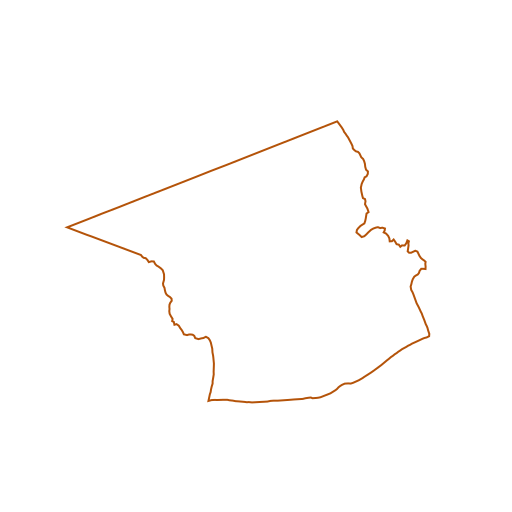 the district of Abaetetuba, Pará, Brazil, rotated 197°
{"feature_id": "56859067B37467363108415", "entity_name": "Abaetetuba", "entity_type": "district", "adm_level": 2, "iso_a3": "BRA", "parent_name": "Brazil", "parent_adm1": "Pará", "projection": "natural_earth1", "projection_center": [-48.934, -1.739], "detail": "fine", "context": "isolated", "style": "outline", "palette": "amber", "viewbox_px": 512, "rotation_deg": 197, "n_neighbors": 0, "source": "geoboundaries", "source_scale": "gbopen_adm2", "svg_char_len": 3355}
<svg xmlns="http://www.w3.org/2000/svg" viewBox="0 0 512 512"><g transform="rotate(197 256 256)"><path d="M445.0,228.2L424.2,226.8L419.2,226.6L366.3,223.3L364.5,222.0L362.8,221.4L360.9,221.7L358.7,220.5L356.7,218.8L354.5,220.3L352.1,220.9L350.1,218.9L348.2,217.8L346.3,217.4L343.2,216.3L341.0,215.1L338.6,211.6L337.6,208.6L337.0,206.3L336.9,202.5L336.0,200.6L334.2,198.8L333.2,196.8L331.8,194.5L330.3,193.0L328.5,192.2L326.3,191.6L324.3,190.5L323.5,188.5L324.3,186.3L324.5,184.2L324.0,182.0L323.2,180.0L322.8,177.9L321.7,175.5L319.6,173.4L317.4,171.5L317.1,169.2L315.3,168.9L313.9,166.4L312.1,167.6L309.5,166.8L307.4,164.9L305.3,163.4L303.5,161.7L302.1,160.0L298.8,160.2L297.2,161.3L295.5,161.9L293.5,162.2L291.7,161.6L290.1,159.7L286.7,159.7L284.1,161.3L282.3,162.2L280.3,164.1L277.5,163.5L275.5,161.9L273.9,160.0L270.7,154.5L269.5,151.2L267.9,148.2L267.1,146.4L264.8,140.8L264.1,138.3L262.7,133.0L261.8,130.4L261.3,126.8L260.9,123.6L260.2,121.3L260.2,118.2L260.0,115.2L259.6,112.6L259.7,110.4L259.5,108.1L259.1,103.5L256.4,105.2L253.7,106.2L250.8,107.0L245.6,108.8L241.4,110.1L239.0,110.3L236.0,110.9L233.1,111.2L230.1,111.9L224.4,113.1L221.9,113.5L220.2,114.2L217.0,114.8L207.8,118.2L202.6,120.1L199.7,121.7L197.4,122.6L192.4,124.2L182.5,128.0L177.5,130.0L169.5,133.0L167.2,134.4L164.3,135.8L162.2,136.7L160.4,136.5L156.3,138.1L154.6,138.9L153.0,139.8L144.7,146.4L140.7,151.0L139.6,152.6L138.7,154.6L137.4,156.4L136.0,158.0L133.8,159.9L130.6,161.1L128.1,161.7L126.1,163.1L121.4,167.2L118.4,170.4L117.1,172.1L114.7,174.9L112.3,177.7L110.4,180.1L104.3,188.3L100.2,194.6L98.9,196.4L97.4,198.8L95.9,200.6L94.6,202.6L93.1,204.3L91.9,206.1L90.6,207.6L89.1,209.6L85.8,212.9L84.2,214.8L82.8,216.0L81.1,217.9L78.9,219.8L76.1,222.3L72.5,225.6L71.0,226.8L69.0,228.0L67.0,229.9L67.5,232.2L69.6,235.1L71.0,237.4L72.4,239.1L73.7,240.4L76.3,243.9L79.0,247.2L80.7,249.5L82.2,251.0L85.3,254.5L88.6,257.8L94.3,265.4L95.7,267.1L97.7,269.0L99.2,272.0L99.2,274.4L99.4,276.9L99.3,279.6L98.6,282.5L97.4,284.1L95.9,285.6L95.2,287.5L95.2,289.6L94.2,292.1L92.1,292.7L90.1,293.1L90.7,295.4L91.8,298.0L92.1,300.0L93.7,300.8L95.9,301.5L97.7,302.3L99.7,303.9L102.9,307.4L105.2,307.6L108.6,304.5L110.6,303.9L112.3,304.8L112.7,307.5L113.2,310.7L114.0,312.7L114.1,314.8L115.8,315.2L116.0,312.1L116.9,309.5L119.5,308.8L120.7,307.0L122.7,308.6L125.0,308.4L127.0,310.3L129.2,312.0L130.3,309.9L132.4,309.1L133.6,311.8L135.5,313.9L138.2,315.5L140.8,315.9L140.4,317.9L140.7,320.0L143.5,320.0L145.4,319.0L147.8,319.2L149.5,318.3L151.8,316.6L153.6,314.7L155.6,311.3L156.8,308.9L158.2,306.6L160.5,305.0L163.2,306.4L164.9,307.1L166.8,307.9L167.1,310.4L166.4,312.4L164.9,315.3L163.5,317.0L161.9,318.8L161.8,321.3L162.0,323.8L162.7,328.9L161.2,330.9L163.4,334.0L165.3,335.8L166.9,337.4L167.3,340.4L168.4,342.3L170.6,342.6L171.9,344.6L174.0,348.3L175.7,352.0L176.0,355.8L175.7,358.6L175.2,360.8L175.1,363.0L173.6,364.5L173.1,367.2L173.7,369.6L176.0,370.7L177.6,373.2L178.8,376.0L180.3,378.3L181.9,380.1L184.2,381.2L187.1,384.4L188.9,385.4L191.0,385.3L192.8,386.0L194.8,387.1L195.9,389.4L197.7,391.4L202.7,396.4L204.5,397.7L206.0,399.0L208.1,400.5L209.3,402.0L211.6,404.0L215.5,406.9L217.7,408.5L268.7,368.0L291.3,350.0L311.0,334.3L323.7,324.4L337.7,313.2L359.4,296.0L380.3,279.5L394.6,268.1L401.2,262.8L416.7,250.7L428.4,241.3L445.0,228.2Z" fill="none" stroke="#b45309" stroke-width="2"/></g></svg>